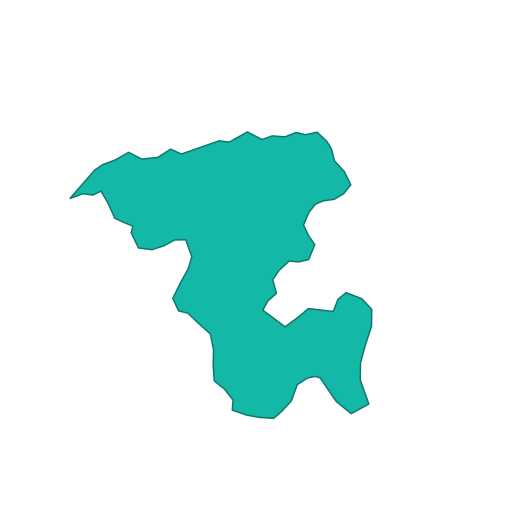 Sunchang-gun, North Jeolla, South Korea (Equal Earth projection), rotated 219°
{"feature_id": "91817680B23901291202395", "entity_name": "Sunchang-gun", "entity_type": "district", "adm_level": 2, "iso_a3": "KOR", "parent_name": "South Korea", "parent_adm1": "North Jeolla", "projection": "equal_earth", "projection_center": [127.087, 35.421], "detail": "fine", "context": "isolated", "style": "filled", "palette": "teal", "viewbox_px": 512, "rotation_deg": 219, "n_neighbors": 0, "source": "geoboundaries", "source_scale": "gbopen_adm2", "svg_char_len": 1284}
<svg xmlns="http://www.w3.org/2000/svg" viewBox="0 0 512 512"><g transform="rotate(219 256 256)"><path d="M261.5,167.7L242.4,166.7L230.0,156.4L220.4,144.0L209.9,132.7L196.5,132.7L183.2,129.6L177.4,121.3L163.1,126.5L151.7,132.7L140.2,140.9L138.3,151.2L137.3,165.6L143.0,182.1L139.2,193.4L134.4,199.6L129.6,201.7L112.4,196.5L101.9,193.4L82.8,193.4L75.2,212.0L97.1,225.4L107.6,238.8L115.3,256.4L121.9,273.9L132.4,287.3L146.8,289.4L163.0,284.2L165.0,273.9L161.1,261.5L182.2,248.1L185.0,233.7L188.9,219.2L216.6,218.2L218.5,228.5L216.6,239.8L228.1,248.1L229.0,259.4L227.1,272.9L219.4,278.0L212.8,286.3L217.5,301.8L228.0,304.9L238.6,310.0L242.4,323.5L242.4,333.8L238.6,341.0L230.9,349.3L227.1,359.6L227.1,371.0L240.5,377.2L254.8,379.3L264.4,386.5L266.1,387.2L273.0,389.6L286.4,390.7L294.0,381.3L302.6,377.2L308.4,366.9L318.9,359.6L324.6,350.3L340.8,347.0L348.5,327.6L357.1,322.4L378.1,288.3L389.6,285.3L394.4,270.8L405.8,259.4L420.2,256.4L425.9,241.9L432.6,230.6L435.4,221.3L436.8,183.5L429.7,195.5L421.1,200.7L417.3,208.9L403.9,203.8L389.5,196.5L380.9,198.6L370.4,201.7L367.6,195.5L352.3,188.3L340.8,195.5L334.1,205.8L329.4,217.2L320.8,224.4L305.5,215.1L300.7,203.8L297.8,187.3L294.0,170.8L281.6,164.6L273.0,168.7L261.5,167.7Z" fill="#14b8a6" stroke="#0f766e" stroke-width="1.5"/></g></svg>